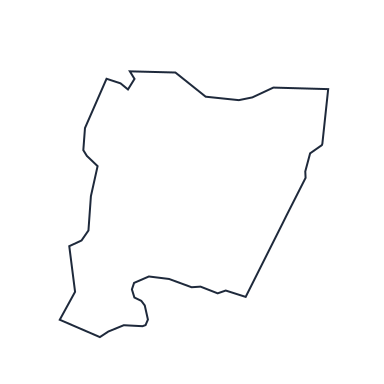 Essex, New Jersey, United States of America, rotated 81°
{"feature_id": "52423323B34984401006879", "entity_name": "Essex", "entity_type": "district", "adm_level": 2, "iso_a3": "USA", "parent_name": "United States of America", "parent_adm1": "New Jersey", "projection": "equal_earth", "projection_center": [-74.229, 40.792], "detail": "fine", "context": "isolated", "style": "outline", "palette": "slate", "viewbox_px": 384, "rotation_deg": 81, "n_neighbors": 0, "source": "geoboundaries", "source_scale": "gbopen_adm2", "svg_char_len": 727}
<svg xmlns="http://www.w3.org/2000/svg" viewBox="0 0 384 384"><g transform="rotate(81 192 192)"><path d="M66.8,258.7L112.1,287.7L133.7,292.8L139.9,290.2L151.7,281.2L180.3,292.5L213.8,300.3L222.6,308.7L226.3,321.7L272.3,323.1L297.5,342.6L320.9,305.7L316.7,296.4L312.9,280.2L316.8,261.9L316.2,258.7L311.1,255.5L296.7,256.4L291.6,259.1L287.2,265.4L278.8,266.6L272.7,263.4L268.7,247.8L274.3,228.3L286.0,207.3L286.8,198.4L296.1,182.5L294.6,174.1L304.0,155.4L252.3,118.3L237.4,107.6L230.2,102.5L195.8,77.6L189.4,76.9L172.3,69.3L166.0,56.4L164.7,55.7L111.7,41.4L101.6,95.3L108.0,117.6L108.6,131.4L100.0,163.6L71.4,189.7L63.1,234.5L71.3,231.1L80.7,239.2L73.5,245.6L66.8,258.7Z" fill="none" stroke="#1e293b" stroke-width="2"/></g></svg>